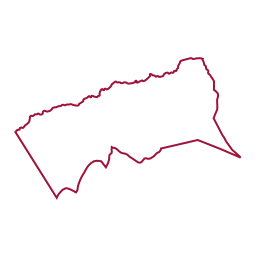 the district of La Encarnacion, Ocotepeque, Honduras
{"feature_id": "27666195B87189366820588", "entity_name": "La Encarnacion", "entity_type": "district", "adm_level": 2, "iso_a3": "HND", "parent_name": "Honduras", "parent_adm1": "Ocotepeque", "projection": "natural_earth1", "projection_center": [-89.053, 14.662], "detail": "fine", "context": "isolated", "style": "outline", "palette": "rose", "viewbox_px": 256, "rotation_deg": 0, "n_neighbors": 0, "source": "geoboundaries", "source_scale": "gbopen_adm2", "svg_char_len": 5636}
<svg xmlns="http://www.w3.org/2000/svg" viewBox="0 0 256 256"><path d="M202.8,58.8L201.0,58.4L200.1,58.2L199.4,58.2L196.4,58.4L194.3,58.9L193.3,59.0L192.9,58.9L192.5,58.8L191.5,58.2L191.2,58.2L190.8,58.2L188.0,58.8L183.7,60.0L182.2,60.4L180.9,60.9L180.5,61.2L180.3,61.4L180.2,61.7L179.9,62.6L179.7,63.3L179.2,64.1L178.5,65.2L178.2,65.9L178.1,66.2L178.1,66.5L178.2,67.4L178.1,67.9L177.9,68.2L177.4,68.6L177.0,69.1L176.7,69.6L176.5,70.4L176.4,70.7L176.1,70.9L175.8,71.0L175.1,70.8L174.9,70.8L174.6,70.9L174.3,71.0L174.1,71.2L173.9,71.6L173.7,72.2L173.5,72.5L173.3,72.6L173.0,72.7L172.6,72.8L171.7,72.5L171.0,72.6L170.5,72.8L169.8,73.5L169.4,73.7L169.0,73.7L168.7,73.6L168.5,73.4L168.1,72.9L167.7,72.7L166.8,72.7L165.9,72.9L165.0,73.4L164.5,73.8L164.1,74.1L163.7,74.7L163.4,75.6L163.1,75.9L162.5,76.3L161.7,76.5L160.2,76.8L159.1,76.9L158.8,76.7L158.4,76.4L158.1,76.2L157.8,76.1L157.6,76.0L157.1,76.1L156.6,76.4L156.3,76.6L155.9,76.6L155.6,76.5L155.3,76.3L154.8,75.8L154.5,75.6L153.9,75.4L153.1,75.4L152.9,75.4L152.5,75.2L151.9,74.6L151.4,74.3L150.9,74.1L150.4,74.0L150.1,74.1L149.9,74.3L149.9,74.5L149.9,74.8L150.1,75.3L150.1,75.7L150.0,76.1L149.8,76.4L146.1,79.7L145.3,80.4L144.2,80.9L143.3,81.1L143.1,81.1L142.8,81.0L142.3,80.5L142.1,80.5L141.8,80.5L139.8,81.4L138.2,82.3L137.5,82.6L137.1,82.6L136.8,82.3L136.7,82.0L136.7,81.5L136.6,81.1L136.4,80.9L136.0,80.7L135.7,80.8L135.4,81.0L135.2,81.4L135.2,81.9L135.1,82.1L134.9,82.3L134.7,82.4L133.4,82.8L131.9,83.2L129.8,83.5L128.7,83.6L128.2,83.6L127.7,83.4L127.2,83.2L126.4,82.7L125.8,82.4L125.3,82.3L124.7,82.3L124.2,82.4L123.7,82.5L122.8,83.0L122.3,83.1L121.8,83.2L121.4,83.1L120.9,83.0L120.0,82.5L119.4,82.3L118.9,82.3L117.8,82.4L117.2,82.4L116.7,82.2L115.9,81.6L115.7,81.6L115.3,81.6L114.9,81.9L112.0,84.2L111.7,84.5L111.5,85.2L111.3,85.7L110.8,86.4L110.0,87.3L109.1,88.1L108.4,88.6L107.7,89.1L107.1,89.4L106.7,89.4L106.4,89.3L106.0,89.0L105.7,88.8L105.3,88.7L105.0,88.7L104.7,88.9L104.5,89.1L104.3,89.3L104.2,89.7L104.0,89.9L103.9,90.1L103.6,90.1L103.4,90.1L103.2,90.0L103.0,89.8L102.9,89.4L102.5,89.2L102.3,89.2L101.9,89.2L101.6,89.4L101.3,89.5L101.1,89.8L100.5,90.8L100.1,91.5L99.8,92.4L99.6,92.9L99.6,93.6L99.6,94.1L99.7,94.7L99.7,95.0L99.6,95.4L99.3,95.7L99.0,95.9L98.5,96.0L98.1,96.1L97.7,96.4L97.3,96.9L97.1,97.0L96.9,97.1L95.6,96.9L94.8,96.8L94.0,96.5L92.9,96.0L92.4,95.9L92.1,95.8L91.7,95.9L91.5,96.1L91.4,96.3L91.3,96.7L91.2,96.9L91.1,97.1L90.8,97.2L90.5,97.3L90.3,97.2L90.1,97.0L89.8,96.5L89.5,96.3L89.2,96.2L88.9,96.2L88.3,96.6L87.3,97.5L86.6,98.0L85.8,98.4L84.6,98.7L84.2,98.9L83.9,99.2L83.6,99.5L83.4,99.8L83.3,100.2L83.3,100.9L83.2,101.2L83.0,101.4L82.8,101.6L79.3,103.8L79.0,104.1L78.9,104.8L78.7,105.0L78.2,105.4L77.7,105.6L76.8,105.6L76.1,105.5L75.0,105.4L73.1,104.9L72.4,104.7L71.6,104.3L70.9,104.1L70.5,104.2L69.5,104.4L68.9,104.5L66.9,104.5L66.5,104.6L65.8,105.0L65.0,105.2L64.4,105.2L63.7,104.9L63.3,104.8L63.0,104.8L62.6,104.8L62.0,105.0L61.2,105.7L60.6,106.0L60.0,106.1L59.1,106.1L58.7,106.2L58.1,106.4L56.9,106.9L56.3,107.2L55.6,107.3L54.2,107.4L53.3,107.7L52.8,107.9L52.5,108.2L52.2,108.6L51.6,109.5L51.0,110.1L50.1,110.7L48.9,111.2L47.6,111.5L46.9,111.6L46.3,111.4L45.5,111.0L45.0,110.9L44.4,110.8L43.8,110.9L43.3,111.3L43.1,111.5L43.0,111.8L42.8,112.3L42.8,113.2L42.6,113.8L42.2,114.2L41.8,114.4L40.8,114.6L40.5,114.6L40.1,114.5L39.5,114.3L38.8,113.7L38.5,113.6L38.3,113.6L37.8,113.7L37.2,114.1L36.6,114.3L36.0,114.4L35.2,114.3L34.7,114.4L34.4,114.7L34.0,115.2L33.7,115.6L33.4,115.8L33.0,115.9L32.7,116.0L32.3,116.0L31.6,115.8L31.3,115.8L31.0,115.8L30.7,115.9L30.3,116.3L30.0,116.8L29.8,117.4L29.8,118.6L29.7,119.5L29.4,120.9L29.2,121.5L28.9,122.0L28.6,122.5L28.2,122.9L27.2,123.9L25.7,124.9L25.1,125.4L24.6,126.0L23.7,127.2L23.3,127.7L22.9,127.9L22.5,127.9L22.1,127.9L21.6,127.6L21.3,127.5L20.9,127.5L20.5,127.7L20.1,127.9L19.9,128.3L19.8,128.6L19.7,129.2L19.6,129.4L19.5,129.6L19.2,129.7L19.0,129.8L18.0,129.7L17.8,129.7L17.5,129.8L17.0,130.3L16.1,131.3L15.4,132.0L56.7,197.8L57.7,195.7L59.1,193.6L60.2,192.3L62.6,189.8L65.8,188.2L68.6,188.7L71.4,189.9L73.7,191.1L75.9,192.4L76.6,191.5L77.4,190.2L77.6,188.7L78.0,186.2L78.7,183.8L79.6,181.4L80.2,179.9L81.2,177.7L82.7,175.0L84.4,172.3L85.9,169.4L87.5,166.9L88.7,165.3L90.8,163.3L93.8,161.3L96.6,160.8L98.9,160.9L101.2,161.3L105.9,167.3L108.1,163.0L108.5,161.4L109.1,159.5L109.2,157.8L109.3,156.2L109.6,154.8L110.5,154.0L111.6,152.9L111.8,151.7L111.6,150.3L111.8,147.1L112.7,147.6L114.6,148.0L115.9,148.5L117.1,149.4L118.8,151.0L120.7,152.5L122.5,153.2L125.4,153.7L127.4,154.7L129.5,156.7L133.0,158.9L138.1,162.4L140.1,162.7L141.7,161.9L142.3,161.1L143.1,160.1L144.4,158.6L146.0,158.2L147.4,158.7L149.1,158.8L150.9,158.2L152.2,157.3L153.4,156.6L154.5,155.6L155.8,154.2L157.0,153.0L159.0,152.1L160.5,150.5L161.0,148.5L197.7,140.0L220.0,148.8L240.6,157.6L239.6,156.5L238.8,155.7L234.8,152.1L232.1,149.7L231.6,149.1L229.3,145.8L226.4,141.9L226.0,141.2L224.9,139.1L224.1,137.5L222.5,135.3L213.6,118.2L215.1,114.5L216.9,110.1L217.2,109.2L217.3,107.4L217.3,105.0L217.1,101.6L217.1,100.5L217.2,99.7L217.3,98.9L217.8,97.3L218.0,96.5L218.1,95.5L218.0,94.5L217.7,93.4L217.5,93.1L217.3,92.8L215.6,91.1L214.9,90.5L214.2,90.1L214.0,89.9L213.9,89.6L213.9,89.1L214.0,86.5L214.0,82.0L214.0,81.6L213.9,81.2L213.6,80.6L213.2,79.8L210.0,75.0L209.6,74.6L208.8,74.0L208.3,73.4L208.2,73.0L208.1,72.7L208.1,72.4L208.3,71.9L208.3,71.5L208.3,71.1L208.2,70.7L208.0,70.4L207.7,70.1L207.4,69.8L206.8,69.5L206.4,69.1L206.2,68.8L206.1,68.3L206.0,68.0L206.0,67.1L205.9,66.7L205.8,66.3L205.4,65.7L204.5,65.1L204.3,64.6L204.1,64.1L203.9,62.8L203.6,62.0L203.2,60.9L202.5,59.8L202.8,58.8Z" fill="none" stroke="#9f1239" stroke-width="2"/></svg>